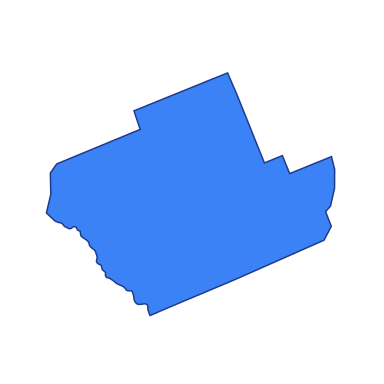 the district of Jackson, Florida, United States of America, rotated 157°
{"feature_id": "52423323B29299909449407", "entity_name": "Jackson", "entity_type": "district", "adm_level": 2, "iso_a3": "USA", "parent_name": "United States of America", "parent_adm1": "Florida", "projection": "orthographic", "projection_center": [-85.035, 30.783], "detail": "fine", "context": "isolated", "style": "filled", "palette": "blue", "viewbox_px": 384, "rotation_deg": 157, "n_neighbors": 0, "source": "geoboundaries", "source_scale": "gbopen_adm2", "svg_char_len": 1499}
<svg xmlns="http://www.w3.org/2000/svg" viewBox="0 0 384 384"><g transform="rotate(157 192 192)"><path d="M89.2,96.1L77.2,106.0L76.7,121.7L70.0,124.9L59.3,139.8L51.8,157.2L49.8,170.1L94.9,170.8L94.6,190.2L114.0,190.5L112.6,262.2L112.7,287.7L132.2,288.1L213.7,289.4L215.3,269.9L305.6,270.7L315.0,264.8L322.9,245.0L334.2,229.6L331.6,223.7L329.6,219.1L327.4,216.6L324.2,214.3L323.7,213.3L322.8,210.2L319.5,206.3L318.9,206.0L317.9,205.7L316.8,205.8L315.6,206.3L313.7,206.1L312.8,205.6L312.5,205.0L312.2,201.6L310.3,199.5L311.1,196.7L311.3,195.0L311.1,194.0L307.7,188.7L307.1,187.4L306.8,185.5L307.2,183.0L307.1,182.0L306.1,179.6L304.4,176.6L304.1,175.1L304.3,173.3L304.4,170.5L304.8,169.1L305.7,167.5L306.7,166.3L307.1,165.3L307.1,164.5L306.9,163.4L306.4,162.5L305.2,161.3L304.4,160.0L304.4,158.2L304.7,157.2L304.9,156.0L304.7,155.1L304.2,154.1L303.4,152.8L303.2,151.7L303.5,150.4L304.3,149.2L304.3,147.5L303.8,146.5L303.3,146.1L302.6,145.6L302.1,145.2L301.6,144.8L298.9,140.8L297.9,138.6L296.4,136.3L292.3,132.0L291.3,129.9L290.7,127.1L289.1,125.9L287.0,125.1L286.1,124.1L285.9,123.2L286.1,120.7L286.4,118.7L287.4,115.3L287.4,113.3L287.2,112.3L286.3,110.4L285.4,109.6L284.2,109.0L280.5,107.9L279.7,107.8L278.1,106.9L277.6,106.3L277.3,105.3L277.3,104.1L278.6,100.9L278.9,96.4L278.9,94.7L278.7,94.7L270.4,94.7L269.1,94.8L268.1,94.8L267.7,94.8L259.7,94.8L258.6,94.8L257.6,94.8L223.8,94.7L221.4,94.6L220.5,94.7L186.4,94.6L92.9,96.0L89.2,96.1Z" fill="#3b82f6" stroke="#1e3a8a" stroke-width="1.5"/></g></svg>